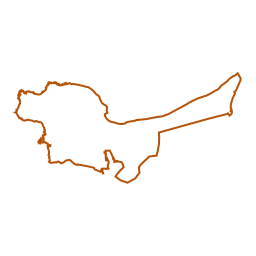 outline of Vigie, Castries, Saint Lucia
{"feature_id": "8701671B50549026935963", "entity_name": "Vigie", "entity_type": "district", "adm_level": 2, "iso_a3": "LCA", "parent_name": "Saint Lucia", "parent_adm1": "Castries", "projection": "albers", "projection_center": [-60.999, 14.02], "detail": "fine", "context": "isolated", "style": "outline", "palette": "amber", "viewbox_px": 256, "rotation_deg": 0, "n_neighbors": 0, "source": "geoboundaries", "source_scale": "gbopen_adm2", "svg_char_len": 5587}
<svg xmlns="http://www.w3.org/2000/svg" viewBox="0 0 256 256"><path d="M237.6,73.3L235.3,75.4L234.1,75.8L232.7,76.5L230.1,78.3L228.8,79.4L227.4,81.1L223.4,84.2L221.4,85.5L218.8,88.7L217.6,89.6L215.2,90.7L210.0,93.9L206.9,95.4L197.9,98.4L196.3,99.1L193.4,100.6L192.6,100.7L191.6,101.5L190.9,101.7L188.1,103.2L187.2,104.0L168.2,114.2L164.2,115.6L161.2,116.5L157.0,117.0L146.8,119.0L139.8,119.8L138.5,119.6L138.0,120.1L136.6,120.0L134.9,120.8L134.3,120.7L132.6,121.2L131.0,121.3L127.2,122.1L126.0,122.6L125.7,123.2L125.5,123.3L124.5,123.6L123.9,123.6L123.0,123.9L122.2,124.0L121.4,123.9L120.0,124.1L118.4,123.6L117.1,123.4L113.7,122.3L112.0,122.1L109.6,121.2L109.2,120.8L108.4,120.4L106.8,118.9L105.2,116.5L104.9,115.6L104.8,114.6L105.1,114.0L105.7,113.6L107.0,113.2L107.4,112.9L107.5,112.5L107.0,111.6L106.6,110.3L106.9,109.5L106.9,107.9L107.1,107.3L106.2,106.0L105.7,105.5L104.2,104.7L103.1,103.7L102.1,103.3L99.5,98.2L99.4,96.7L98.0,95.3L96.3,94.4L93.2,90.7L90.8,88.8L88.4,87.2L85.9,86.8L83.5,86.0L78.8,85.0L77.8,84.7L75.4,84.4L74.0,84.0L73.1,83.9L71.4,84.3L71.1,84.2L70.8,83.7L69.7,83.1L69.3,83.2L68.3,83.8L66.9,84.1L66.5,83.4L66.2,83.7L65.6,84.0L65.5,83.1L65.0,83.3L64.5,83.3L64.5,84.0L64.7,84.3L64.4,84.6L63.4,84.8L62.3,84.1L62.2,84.2L63.0,84.8L60.7,85.4L59.8,85.4L59.4,85.0L59.4,84.3L58.8,83.9L58.5,84.0L58.8,84.8L58.2,85.0L57.7,84.5L57.7,83.8L57.3,83.5L57.4,84.1L57.1,83.9L57.1,84.1L56.9,84.2L56.3,83.5L55.9,83.3L55.7,82.7L54.7,81.9L54.7,81.5L54.3,82.3L54.7,82.8L54.7,83.2L53.8,83.2L53.3,83.0L51.9,83.1L51.5,82.7L50.8,83.0L50.4,82.6L50.5,82.9L50.2,82.8L49.8,83.1L49.5,82.9L49.8,82.4L49.4,82.1L49.0,82.1L48.8,82.5L48.9,83.7L48.6,83.8L48.3,83.7L48.5,84.6L47.6,84.9L47.6,85.3L47.0,85.4L46.6,86.3L46.6,87.1L45.9,87.5L46.1,87.8L46.3,87.7L46.3,88.0L45.9,88.2L46.0,89.2L45.8,89.4L45.7,89.8L45.1,90.5L43.3,92.0L42.3,91.8L42.3,92.2L42.7,92.3L42.8,92.2L42.8,92.3L41.5,93.4L39.4,94.5L38.7,94.6L34.1,93.7L33.7,93.3L33.9,92.7L33.5,92.2L33.3,92.2L33.3,92.4L33.5,92.9L33.4,93.0L32.2,92.3L30.5,92.1L29.9,91.7L29.4,91.8L29.0,91.5L27.6,91.3L27.2,91.4L26.4,92.5L26.2,92.4L26.0,92.0L25.5,92.2L25.7,93.3L25.1,93.0L24.7,93.3L24.1,93.0L23.7,91.6L23.3,90.9L22.9,90.9L22.2,91.4L21.5,91.2L21.2,90.9L21.3,90.5L21.8,90.2L21.7,90.0L20.2,90.7L20.0,91.1L20.4,92.1L20.2,92.8L19.7,93.0L19.3,92.7L19.3,93.3L18.4,94.7L19.0,94.9L18.8,95.5L20.1,95.2L20.0,95.4L19.5,95.9L19.6,96.0L19.4,96.4L18.6,96.7L18.0,98.3L18.3,98.7L18.9,98.7L19.1,98.5L19.4,98.7L19.2,99.6L19.7,100.0L19.7,100.3L20.0,100.7L19.8,101.1L20.0,103.6L19.3,104.6L18.8,106.2L17.9,108.4L17.0,109.8L16.4,109.8L16.4,110.0L16.9,110.7L16.8,111.4L16.7,111.6L16.3,111.7L16.2,112.3L15.4,112.5L16.7,113.2L16.7,113.6L17.3,114.5L17.9,115.8L18.3,116.1L18.5,116.8L18.9,117.1L18.9,117.6L19.3,118.1L19.6,118.3L20.2,118.4L20.8,118.1L21.3,118.9L21.4,119.1L22.1,118.9L22.6,120.0L23.1,120.3L25.0,120.6L26.6,120.0L28.5,119.8L30.4,120.3L32.5,120.7L33.6,121.4L34.6,121.6L35.3,121.6L35.4,121.2L35.9,121.0L36.9,121.2L38.3,121.9L40.5,122.2L42.0,123.2L43.4,126.6L44.1,127.7L44.6,129.4L44.7,129.6L44.4,129.7L44.5,130.1L44.8,130.2L44.8,131.7L44.1,131.7L43.8,132.1L44.6,132.7L44.8,133.1L45.4,133.6L45.6,134.2L45.3,134.7L44.7,134.9L44.3,135.3L43.4,134.8L42.8,135.4L42.7,135.8L43.2,136.9L42.5,137.7L42.5,137.9L43.1,138.5L43.8,138.6L43.8,138.9L43.3,139.8L43.0,139.9L41.9,139.5L41.2,139.6L40.9,139.0L40.5,140.4L39.9,140.2L40.4,139.8L40.3,139.5L39.9,139.6L38.3,141.8L38.6,142.2L39.1,141.4L39.3,141.9L40.0,141.4L40.3,142.2L39.9,142.7L39.5,142.9L39.6,142.4L39.2,142.6L39.0,142.3L38.8,142.7L39.3,143.1L39.7,143.2L40.7,142.2L40.6,142.8L40.3,143.2L40.4,143.3L41.0,142.4L41.4,142.5L42.3,142.1L42.5,142.2L42.6,142.6L43.5,142.4L44.0,141.6L44.3,141.5L44.9,142.4L45.8,142.6L46.0,143.0L46.5,143.0L46.9,143.5L47.8,143.7L48.2,144.4L48.1,144.9L49.4,145.0L49.7,145.6L50.4,145.3L50.4,146.0L49.1,146.5L48.6,146.1L48.1,145.4L47.7,145.4L47.5,145.6L47.7,147.1L49.1,151.9L48.9,152.8L48.9,153.9L48.5,155.2L49.4,156.3L49.5,157.0L49.0,157.4L49.9,160.4L48.9,161.6L49.8,162.5L51.0,162.9L55.8,162.2L56.3,162.5L57.9,161.5L58.3,161.8L59.2,161.9L61.2,163.4L61.8,163.0L63.5,162.5L65.6,160.8L66.6,160.3L69.6,159.9L70.8,160.6L72.1,162.0L74.9,164.2L76.8,164.6L77.1,165.0L77.3,165.0L77.8,164.5L86.1,166.0L93.6,167.6L94.0,168.0L94.4,168.9L94.7,169.4L100.4,171.7L100.9,171.1L102.7,172.3L102.9,173.4L103.2,173.4L103.0,172.3L101.1,171.0L102.1,171.3L102.4,170.5L102.5,169.9L101.4,169.5L101.7,168.8L104.1,168.5L106.4,169.0L107.3,168.4L108.2,168.9L108.5,168.5L107.5,167.8L107.9,166.4L107.7,166.2L107.9,164.8L108.7,163.1L108.6,161.7L108.4,160.9L107.7,159.9L106.7,160.1L106.7,160.4L105.9,160.1L105.8,158.0L106.7,157.9L106.9,158.5L107.2,158.5L106.9,157.7L105.8,157.8L105.6,154.8L106.1,154.7L105.9,153.9L105.6,153.9L105.6,152.8L104.5,152.8L104.4,152.3L106.2,152.1L105.7,152.0L105.6,150.7L109.8,150.6L110.4,151.9L109.7,152.2L110.5,152.1L113.2,157.6L112.1,158.3L113.3,157.7L113.9,159.0L113.3,159.2L113.4,159.4L114.0,159.1L114.4,159.8L114.2,159.9L114.6,160.5L114.2,161.9L114.7,162.1L115.1,160.7L115.9,161.0L117.1,161.1L117.3,161.7L117.8,161.3L121.2,162.1L121.6,162.4L122.6,163.9L123.6,167.2L119.9,170.8L117.1,174.2L115.5,176.6L120.5,180.3L127.5,182.7L135.4,178.3L139.5,172.5L138.9,167.4L140.9,164.4L149.3,156.5L156.5,155.6L157.6,151.5L159.0,143.8L159.2,137.3L159.0,132.5L207.5,119.0L227.8,113.8L228.0,113.5L228.4,114.1L229.3,114.7L229.6,115.5L231.1,114.3L231.7,113.4L231.9,112.2L230.7,111.1L231.8,110.6L231.0,109.3L230.8,108.5L231.0,108.4L230.9,108.3L230.7,106.5L230.9,104.4L232.5,98.6L234.8,93.8L235.0,93.0L234.3,91.9L235.5,91.1L236.4,89.7L240.5,80.3L240.6,78.9L240.5,78.1L237.6,73.3Z" fill="none" stroke="#b45309" stroke-width="2"/></svg>